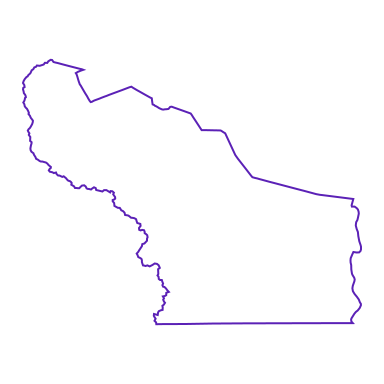 Parnarama, Maranhão, Brazil (Albers equal-area conic projection)
{"feature_id": "56859067B73995611622119", "entity_name": "Parnarama", "entity_type": "district", "adm_level": 2, "iso_a3": "BRA", "parent_name": "Brazil", "parent_adm1": "Maranhão", "projection": "albers", "projection_center": [-43.582, -5.599], "detail": "fine", "context": "isolated", "style": "outline", "palette": "violet", "viewbox_px": 384, "rotation_deg": 0, "n_neighbors": 0, "source": "geoboundaries", "source_scale": "gbopen_adm2", "svg_char_len": 4468}
<svg xmlns="http://www.w3.org/2000/svg" viewBox="0 0 384 384"><path d="M139.1,250.4L138.3,251.8L136.7,253.6L137.5,255.0L138.3,257.1L140.0,257.9L141.4,258.8L141.9,260.2L141.9,262.1L143.0,265.4L144.3,265.6L145.5,266.0L147.4,265.4L149.7,266.4L152.4,265.0L154.7,263.5L157.0,263.9L158.6,265.2L159.3,266.7L159.8,267.9L158.1,269.2L158.3,274.0L157.5,275.5L158.5,276.6L158.8,279.0L160.1,280.0L161.8,280.0L162.4,281.9L163.1,283.6L162.4,285.1L163.1,286.7L164.5,287.0L166.1,288.6L167.3,290.3L168.8,291.9L166.3,292.8L166.2,295.2L164.8,296.0L162.9,296.4L164.0,298.3L163.2,299.7L164.0,301.6L165.0,302.8L163.8,304.7L162.4,305.8L162.7,307.4L162.6,309.9L160.8,310.3L158.8,311.2L158.1,312.4L157.7,315.0L154.0,314.0L153.8,315.8L154.4,316.9L155.6,318.7L154.5,320.8L156.1,322.4L156.3,324.2L161.8,324.1L185.5,324.0L215.7,323.5L221.0,323.5L253.2,323.3L255.8,323.3L265.4,323.3L305.2,323.2L352.8,323.1L351.4,321.5L351.1,319.7L351.4,318.5L354.4,313.7L355.9,311.9L357.7,310.5L359.7,308.0L360.9,305.3L360.9,303.9L359.9,302.3L358.8,299.5L356.9,296.8L354.6,294.0L352.9,291.2L352.4,288.3L352.8,285.8L354.4,281.2L354.7,279.4L354.2,277.7L352.7,275.3L352.0,273.8L351.3,269.4L351.2,265.1L350.6,262.5L350.5,260.3L350.7,258.2L352.3,254.4L353.4,252.0L356.5,252.5L359.1,252.4L360.5,251.0L361.0,249.4L361.0,246.7L360.6,245.1L359.3,241.3L358.3,236.1L357.9,232.0L356.7,229.0L356.2,227.1L355.8,225.6L355.9,224.3L356.2,222.1L357.4,220.0L358.0,217.5L358.8,213.6L358.6,211.7L357.9,209.5L356.7,208.1L354.6,206.6L351.9,206.6L351.6,205.3L353.3,199.0L322.4,195.1L319.8,194.8L316.1,194.1L311.7,192.9L303.5,190.7L297.3,189.1L274.5,183.1L269.1,181.7L261.4,179.6L259.5,179.1L257.1,178.4L255.2,178.0L252.4,177.2L251.2,175.8L245.7,168.7L238.9,160.0L238.1,159.0L235.4,155.2L234.8,154.0L225.2,133.3L222.9,131.9L221.9,131.2L220.7,130.5L218.9,130.4L213.4,130.3L204.1,130.1L201.6,130.1L199.4,126.7L196.2,121.8L192.9,116.8L191.8,115.0L190.7,113.5L183.2,110.8L174.1,107.6L171.7,106.7L170.2,106.9L168.5,108.9L166.7,109.2L164.9,109.3L163.2,109.6L162.0,109.4L160.6,108.8L158.9,108.0L157.6,107.1L156.2,106.3L155.0,105.8L154.1,105.0L152.6,104.4L152.4,103.0L152.2,101.7L152.0,100.2L151.8,98.3L150.1,97.5L147.6,96.1L144.9,94.6L140.5,92.1L138.9,91.2L136.9,90.1L132.7,87.6L131.4,86.7L129.6,87.2L122.0,90.1L114.4,92.9L109.0,94.9L106.3,96.0L104.8,96.5L103.0,97.2L101.4,97.8L99.5,98.6L94.3,100.5L93.1,101.1L91.9,101.8L90.7,102.1L89.7,100.9L88.2,98.4L87.1,96.3L85.2,93.3L83.5,90.4L81.3,86.6L80.7,85.5L79.8,84.4L79.4,83.2L78.8,81.6L78.1,79.3L77.3,76.5L76.6,74.4L75.8,73.1L78.0,71.8L81.2,70.5L83.3,69.8L81.7,69.2L80.2,68.9L79.0,68.6L71.6,66.7L68.5,65.9L62.4,64.3L57.6,63.0L55.3,62.5L53.5,62.0L52.1,60.0L50.7,59.8L48.3,61.3L47.3,62.9L44.9,62.8L43.7,64.5L41.6,65.2L39.7,65.8L36.9,65.5L36.0,66.8L34.3,67.4L33.3,69.2L31.7,70.3L30.5,73.0L29.5,74.1L28.4,75.0L27.6,76.4L26.5,77.0L24.8,79.0L23.7,80.9L23.0,83.0L24.3,85.1L24.6,87.1L23.3,87.8L23.0,89.3L23.6,91.4L23.9,93.2L25.1,94.7L25.6,95.9L25.9,97.2L25.0,98.0L24.8,99.3L24.4,100.7L23.3,102.5L24.3,104.1L24.8,106.4L25.9,107.8L26.9,108.7L28.1,110.9L28.9,112.9L28.5,114.0L30.0,115.9L30.7,117.7L31.8,119.1L32.9,120.6L32.8,122.0L32.2,124.0L31.5,125.3L30.6,126.9L29.8,128.1L28.6,129.2L27.8,130.6L28.6,132.2L29.4,133.3L28.8,134.9L30.3,137.0L30.2,139.2L30.1,140.9L31.6,142.2L31.5,143.6L31.0,145.1L30.4,148.4L30.6,150.1L31.4,151.7L33.5,153.3L33.9,154.6L35.7,157.5L36.0,158.7L37.9,159.7L39.6,161.0L40.8,161.5L42.3,161.5L44.3,162.1L45.9,162.5L47.4,163.6L48.5,165.0L50.9,167.0L50.7,168.1L49.6,169.0L48.8,170.4L49.8,171.7L52.5,172.3L53.8,173.1L56.0,172.5L56.6,174.1L58.1,175.5L59.4,175.5L62.3,176.9L63.7,176.3L66.0,178.2L67.2,179.7L68.3,180.7L69.8,181.1L70.9,181.9L71.7,183.0L71.3,184.7L74.0,186.3L75.0,188.0L76.5,188.0L77.9,188.2L79.3,188.2L80.3,187.1L81.9,185.6L84.2,185.3L85.7,186.5L86.6,188.4L87.7,188.9L89.1,189.0L91.0,189.5L92.2,188.5L94.0,187.3L95.7,188.1L96.2,190.0L102.4,191.5L104.1,190.1L106.4,190.1L110.1,192.4L110.6,191.1L112.4,191.3L113.9,192.7L113.2,194.3L115.1,197.1L115.2,198.6L114.3,199.4L112.7,200.0L112.7,201.3L114.1,202.9L114.3,204.4L114.4,205.9L117.8,207.8L119.8,207.9L121.3,210.3L123.0,211.1L124.5,212.6L125.1,215.0L127.2,215.3L128.4,215.6L129.5,216.4L131.0,217.7L132.9,217.9L134.4,218.2L136.1,219.2L136.6,221.1L137.3,223.0L140.3,223.9L140.6,225.9L139.0,228.0L139.2,229.8L140.6,230.4L142.1,229.9L144.0,230.2L144.6,231.5L144.7,233.2L146.2,234.2L147.2,235.2L147.6,237.2L147.0,238.7L147.0,240.7L144.4,243.5L142.3,244.1L141.9,246.2L139.1,250.4Z" fill="none" stroke="#5b21b6" stroke-width="2"/></svg>